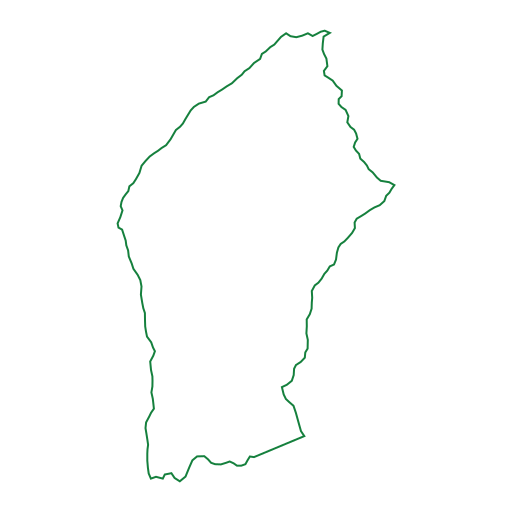 the district of Nova Lima, Minas Gerais, Brazil
{"feature_id": "56859067B74698489529361", "entity_name": "Nova Lima", "entity_type": "district", "adm_level": 2, "iso_a3": "BRA", "parent_name": "Brazil", "parent_adm1": "Minas Gerais", "projection": "natural_earth1", "projection_center": [-43.899, -20.076], "detail": "fine", "context": "isolated", "style": "outline", "palette": "green", "viewbox_px": 512, "rotation_deg": 0, "n_neighbors": 0, "source": "geoboundaries", "source_scale": "gbopen_adm2", "svg_char_len": 2701}
<svg xmlns="http://www.w3.org/2000/svg" viewBox="0 0 512 512"><path d="M118.5,227.6L122.1,229.6L124.2,236.1L125.7,240.6L126.3,245.3L128.1,250.4L128.8,256.5L131.7,263.5L133.4,268.8L137.7,274.9L140.3,280.1L141.5,286.5L140.9,294.6L142.3,303.1L143.3,308.2L144.9,313.0L145.0,320.1L145.2,326.5L146.0,331.6L147.0,336.6L151.2,342.3L153.0,347.5L154.9,351.2L153.3,355.7L150.2,361.5L151.0,369.9L152.4,376.4L152.5,380.8L152.4,386.5L151.4,392.4L152.8,398.8L153.3,403.1L153.9,408.7L151.1,412.7L149.3,416.4L146.1,422.4L145.5,428.1L146.4,433.5L147.4,439.9L148.1,444.8L147.5,449.3L147.3,453.6L147.3,460.6L147.9,467.7L148.7,473.5L150.9,478.6L156.0,476.8L162.8,478.6L164.8,474.5L171.4,473.2L174.6,478.0L179.8,481.3L185.5,476.6L189.4,467.1L192.4,460.3L197.1,456.4L204.3,456.2L208.0,459.3L211.1,462.8L215.1,464.2L220.9,464.4L226.1,462.8L229.7,461.5L233.6,463.3L237.0,465.7L241.2,465.7L245.4,464.2L247.6,460.2L249.9,456.5L254.0,457.1L304.3,436.1L301.0,431.2L299.3,425.2L297.8,419.8L295.9,412.9L293.5,405.8L288.9,401.8L285.9,399.0L283.7,394.5L281.9,387.1L286.8,384.8L291.8,380.8L293.7,375.1L294.1,368.7L296.0,365.0L300.8,361.9L304.8,357.7L305.3,352.4L307.6,348.6L307.8,339.9L306.4,333.4L306.8,326.3L306.7,319.4L309.8,314.2L311.6,308.7L311.8,302.5L312.2,297.8L311.8,291.0L314.8,285.4L318.4,282.7L321.6,278.7L324.4,273.8L327.3,270.6L329.8,266.4L334.0,264.5L336.0,259.6L336.9,252.7L338.4,247.4L340.7,243.9L344.3,241.5L347.7,238.0L352.1,232.9L354.9,228.1L354.6,222.5L356.7,218.7L361.1,216.1L365.1,213.6L369.9,210.1L374.5,207.4L379.7,205.2L384.3,201.1L386.2,195.8L389.4,192.7L391.6,188.9L394.4,185.1L389.2,182.2L385.0,181.5L380.7,180.8L376.9,177.5L372.7,172.4L368.7,169.2L366.9,165.5L364.1,162.0L360.3,158.6L359.1,153.9L355.9,150.5L353.7,146.9L355.1,142.5L357.5,138.8L356.1,133.5L354.1,129.7L350.5,127.0L347.3,122.3L348.4,116.1L345.6,109.9L341.5,107.1L338.6,103.8L338.7,99.1L341.6,96.2L341.9,90.5L336.4,85.8L332.7,80.6L328.0,77.5L324.6,75.4L323.9,70.9L327.4,66.2L326.4,58.6L324.0,53.9L322.4,49.6L322.8,43.3L323.6,36.6L329.8,32.9L324.7,30.7L320.8,31.7L316.8,33.9L312.6,36.0L307.9,33.3L302.1,35.7L296.3,37.2L290.5,36.2L286.1,33.3L281.0,36.9L277.5,40.9L274.3,44.6L270.3,47.1L265.7,51.5L261.9,53.9L260.1,58.9L254.0,63.0L249.4,68.1L244.6,71.2L241.8,74.7L237.2,78.2L232.0,83.2L226.8,86.3L222.0,89.6L217.7,92.2L213.5,95.3L209.1,97.2L205.7,101.6L198.9,103.6L193.9,106.9L190.7,110.4L185.5,118.9L182.9,123.5L180.1,126.7L175.9,130.0L170.6,139.2L166.1,145.2L161.6,148.0L158.0,150.8L154.2,153.2L149.7,156.5L145.6,160.9L141.6,165.7L139.4,173.0L135.9,179.2L133.3,183.2L129.4,186.3L128.3,191.1L125.7,194.3L123.1,197.9L121.5,201.9L120.7,206.2L122.5,210.4L120.3,217.2L117.6,223.4L118.5,227.6Z" fill="none" stroke="#15803d" stroke-width="2"/></svg>